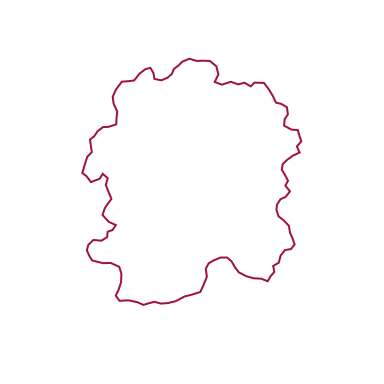 the district of Coronel Pacheco, Minas Gerais, Brazil, rotated 118°
{"feature_id": "56859067B41803653618931", "entity_name": "Coronel Pacheco", "entity_type": "district", "adm_level": 2, "iso_a3": "BRA", "parent_name": "Brazil", "parent_adm1": "Minas Gerais", "projection": "mercator", "projection_center": [-43.291, -21.602], "detail": "fine", "context": "isolated", "style": "outline", "palette": "rose", "viewbox_px": 384, "rotation_deg": 118, "n_neighbors": 0, "source": "geoboundaries", "source_scale": "gbopen_adm2", "svg_char_len": 1789}
<svg xmlns="http://www.w3.org/2000/svg" viewBox="0 0 384 384"><g transform="rotate(118 192 192)"><path d="M299.3,248.1L296.6,237.1L292.8,230.4L292.2,221.1L297.4,215.9L304.9,212.3L312.8,210.9L319.4,210.6L322.1,204.9L317.5,197.3L315.0,188.8L314.5,181.9L310.1,177.5L306.5,173.4L305.1,167.0L301.3,161.0L296.0,155.1L287.7,149.5L282.3,143.5L276.3,137.7L268.4,138.2L259.8,139.1L253.3,143.8L247.2,143.8L242.5,141.0L236.5,136.1L233.4,130.3L234.6,124.6L238.3,118.7L240.9,113.1L240.9,104.6L239.3,97.2L236.0,90.1L235.3,83.3L229.7,83.1L223.9,81.8L219.2,85.6L213.7,82.2L206.5,83.9L199.7,82.7L195.9,77.8L190.1,76.8L185.7,81.5L181.8,86.5L176.4,90.5L173.9,98.0L172.9,104.0L168.1,109.1L163.2,111.0L156.9,110.5L152.2,107.0L145.4,105.8L142.6,112.5L137.0,112.5L133.3,117.9L130.2,123.2L124.7,125.0L118.9,123.1L112.6,120.0L106.6,115.5L102.5,120.8L95.9,119.3L92.3,123.2L87.7,127.6L90.2,133.6L90.2,141.8L84.2,144.4L78.4,143.8L72.6,148.0L72.3,154.5L73.7,159.8L69.3,165.7L65.2,172.5L61.9,179.6L66.0,188.1L71.2,189.8L70.9,197.0L75.3,201.7L76.4,209.4L83.2,216.0L84.2,223.6L75.8,223.9L69.6,229.5L67.9,237.8L71.2,244.5L74.0,249.2L75.6,256.9L81.4,261.7L86.8,263.4L91.8,265.8L97.2,265.2L102.6,267.3L107.7,271.4L109.8,278.2L104.9,282.1L101.9,287.1L105.6,290.9L112.1,293.9L120.6,295.4L124.0,300.1L127.5,305.7L137.1,307.2L145.2,306.7L150.8,302.7L156.1,295.7L161.8,293.5L167.8,290.7L173.6,296.2L176.4,301.0L182.7,303.9L188.7,304.5L193.6,306.7L199.1,302.7L203.8,299.2L210.2,301.0L219.7,299.2L226.7,297.8L227.6,292.4L230.7,285.9L223.6,279.7L217.8,279.4L219.4,272.9L226.3,271.4L231.8,264.9L235.9,259.9L241.1,260.7L247.2,261.4L254.3,260.2L257.4,251.6L257.0,243.7L262.8,244.3L266.7,247.8L271.6,245.8L277.4,249.0L280.7,256.6L287.5,258.7L292.8,257.5L296.1,253.4L299.3,248.1Z" fill="none" stroke="#9f1239" stroke-width="2"/></g></svg>